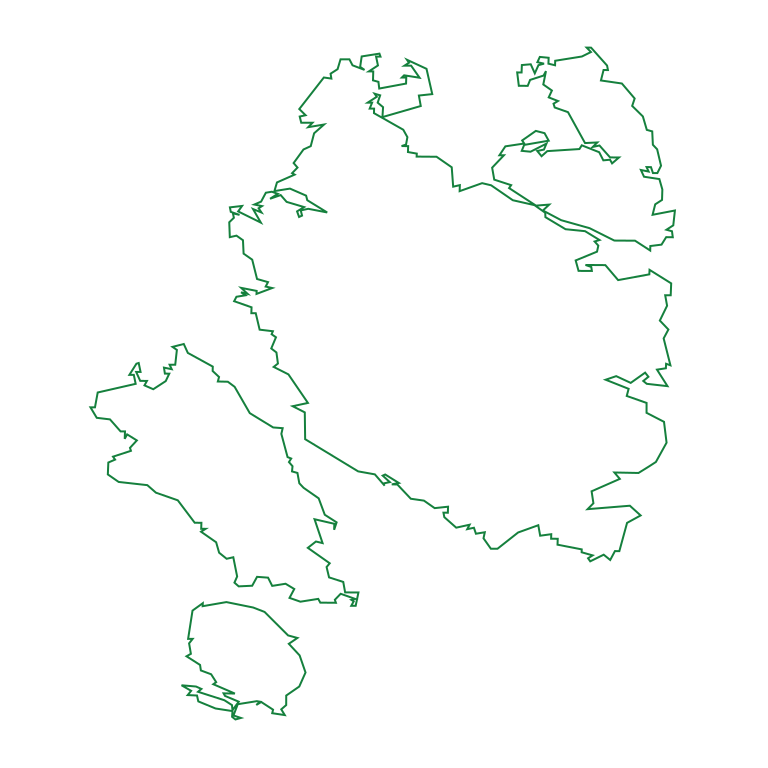 outline of Bokn nor, Rogaland, Norway, rotated 179°
{"feature_id": "86288312B12151058165586", "entity_name": "Bokn nor", "entity_type": "district", "adm_level": 2, "iso_a3": "NOR", "parent_name": "Norway", "parent_adm1": "Rogaland", "projection": "robinson", "projection_center": [5.436, 59.216], "detail": "fine", "context": "isolated", "style": "outline", "palette": "green", "viewbox_px": 768, "rotation_deg": 179, "n_neighbors": 0, "source": "geoboundaries", "source_scale": "gbopen_adm2", "svg_char_len": 6120}
<svg xmlns="http://www.w3.org/2000/svg" viewBox="0 0 768 768"><g transform="rotate(179 384 384)"><path d="M167.3,209.5L160.9,204.1L156.0,212.9L151.6,212.8L143.4,240.9L129.7,248.1L140.3,258.0L182.6,255.3L176.7,261.1L178.3,273.1L149.9,285.0L155.2,291.5L131.1,290.6L120.4,297.0L113.5,301.3L102.5,320.4L104.7,341.3L122.0,350.6L121.8,360.5L141.5,367.8L139.5,374.9L162.3,384.4L151.7,387.8L137.3,380.8L122.7,390.8L119.5,386.6L124.7,382.5L121.3,379.6L100.6,376.9L110.8,393.6L101.9,394.8L101.6,399.3L97.3,397.7L103.6,424.7L98.7,433.5L107.1,442.6L99.6,457.3L101.3,467.8L95.8,467.7L95.1,479.6L116.5,493.5L116.8,489.0L148.1,483.8L160.6,499.0L180.5,499.5L174.7,497.4L174.2,493.4L187.5,493.7L190.2,504.2L168.7,512.6L167.3,518.6L170.9,522.8L166.0,524.2L180.3,533.3L199.8,535.6L219.7,548.0L219.8,552.4L230.4,560.2L252.0,565.5L273.4,580.8L282.4,583.1L305.0,575.5L304.7,581.5L311.4,580.1L312.5,599.5L327.5,610.3L347.4,610.8L347.2,613.8L356.0,615.5L355.7,621.4L362.3,621.6L357.8,623.0L356.3,630.4L360.3,637.9L389.3,655.0L389.1,659.5L393.5,659.6L391.0,665.5L395.4,665.6L386.2,671.3L388.3,674.4L382.8,672.7L385.4,665.4L380.1,660.8L380.9,650.9L342.4,661.3L344.1,671.8L330.7,673.0L336.0,698.4L355.4,707.8L353.4,704.8L358.0,701.9L351.3,701.8L343.1,689.6L358.5,692.3L360.8,690.1L356.4,690.0L356.7,684.0L383.6,679.5L384.3,686.2L389.7,687.8L389.3,696.7L393.7,696.8L384.5,702.6L386.2,711.5L381.8,711.4L382.8,714.4L400.6,711.9L402.3,701.5L398.0,698.4L409.9,703.2L412.9,709.2L421.8,709.4L424.9,699.6L432.0,695.2L431.3,690.3L438.8,691.5L463.9,660.4L457.7,654.1L463.6,652.9L462.2,646.7L450.9,646.5L455.3,642.1L439.4,644.5L449.5,635.9L453.1,623.1L460.4,619.9L470.5,606.5L466.7,601.9L472.2,596.4L469.7,594.9L487.5,587.4L490.2,578.8L474.6,581.0L458.6,573.7L457.5,569.1L437.8,556.5L456.7,560.5L464.2,559.0L463.0,553.8L466.0,552.5L467.9,558.1L460.8,562.3L478.2,567.8L484.0,574.7L494.7,571.2L486.9,576.0L492.8,578.2L498.8,577.3L503.7,568.5L510.5,565.7L502.9,564.0L506.3,561.9L503.5,557.6L511.9,561.2L504.3,547.5L526.8,559.1L522.8,564.5L535.0,563.3L534.2,558.8L525.5,555.6L532.1,557.3L531.2,552.8L535.9,548.4L535.6,533.5L528.9,534.9L522.5,530.2L522.1,516.8L513.6,510.6L509.1,491.2L498.2,487.9L500.6,483.5L494.1,481.9L509.9,476.3L509.7,479.3L525.1,482.6L518.8,476.5L525.3,478.2L521.0,475.1L530.0,473.8L532.4,469.4L515.1,463.0L515.4,457.1L511.0,457.0L507.4,440.5L494.2,438.7L495.5,435.7L491.2,432.6L496.1,421.5L491.0,417.4L489.7,406.3L494.0,403.0L479.4,395.3L460.4,366.4L475.7,363.4L463.7,357.0L463.8,330.2L411.4,297.1L394.7,293.8L385.1,282.3L386.7,284.5L379.9,285.8L386.9,292.4L384.4,293.5L370.9,284.8L378.0,283.5L372.4,283.3L359.2,268.8L346.1,266.7L335.5,259.0L322.1,260.2L322.4,254.2L326.8,254.3L326.0,249.8L314.3,239.1L300.9,241.8L303.3,237.4L296.6,238.7L294.7,232.7L285.8,234.0L287.2,228.0L280.0,217.4L273.4,217.3L252.5,233.2L232.2,240.1L230.5,229.6L219.4,230.9L219.6,226.4L213.0,226.2L213.3,220.3L189.2,215.2L189.3,212.3L178.4,209.0L183.0,206.2L180.9,203.1L167.3,209.5ZM420.6,162.8L416.2,162.7L413.2,176.0L426.5,176.3L428.2,186.8L442.3,191.6L444.6,202.0L441.4,205.7L463.0,221.5L454.8,227.7L448.2,226.0L455.8,250.0L436.1,245.1L436.4,239.1L433.8,246.5L445.5,254.3L451.3,270.8L466.2,281.6L470.4,286.2L472.1,296.6L477.5,298.2L476.9,303.4L480.4,307.6L478.1,311.1L481.7,312.6L487.5,335.9L486.1,341.6L495.6,342.5L518.7,357.2L533.4,383.8L540.1,389.0L550.1,389.4L548.8,393.9L555.1,400.0L554.9,404.4L579.6,418.5L583.5,427.5L594.8,424.8L590.5,421.7L592.4,406.9L598.0,407.0L596.0,402.5L603.7,404.2L602.9,398.2L598.5,398.1L602.2,390.7L614.8,382.8L623.5,386.8L621.0,391.2L627.7,391.4L631.6,400.4L627.2,400.3L628.9,409.3L631.2,408.6L638.4,397.6L634.0,397.5L632.3,388.5L670.4,380.5L673.4,365.7L677.9,365.8L671.8,355.2L658.6,353.4L648.2,341.2L643.8,341.1L644.2,333.7L641.7,338.1L632.1,331.9L639.1,324.6L638.2,321.6L656.2,316.1L654.2,313.1L661.0,310.3L661.7,298.4L651.0,290.7L622.4,287.0L613.9,279.3L592.2,271.3L575.7,248.6L569.0,248.4L569.3,242.4L564.9,242.3L569.5,239.5L554.6,228.7L551.8,218.2L544.4,212.0L537.7,213.4L534.2,194.1L537.0,188.0L532.8,184.2L519.3,184.6L514.3,193.4L503.3,192.4L499.3,184.1L485.9,186.0L477.3,180.6L482.2,171.8L471.4,167.8L453.5,170.3L451.5,166.5L435.9,166.1L436.9,169.1L431.0,175.0L416.5,169.6L420.3,168.7L418.1,167.2L420.6,162.8ZM130.5,522.9L115.5,512.8L115.3,517.3L104.1,518.5L99.3,525.9L92.7,525.7L93.4,531.7L98.9,533.3L92.0,537.6L90.1,552.4L112.5,548.5L109.7,558.9L102.8,563.2L102.3,573.6L105.1,584.1L120.4,586.7L123.4,593.5L115.7,591.8L117.7,596.3L113.3,596.2L111.4,590.2L107.0,590.1L103.2,597.4L106.8,613.9L111.0,618.5L111.4,631.9L116.8,633.5L120.5,647.0L131.0,657.7L128.4,665.1L140.9,680.3L161.8,683.7L159.0,694.1L154.6,694.0L155.4,698.5L171.1,716.7L175.5,716.8L171.3,712.3L180.4,708.0L207.2,704.2L207.4,699.7L214.0,701.4L213.7,707.3L222.5,708.3L225.0,703.1L218.4,701.5L224.0,700.1L227.8,692.0L231.7,701.1L240.6,700.5L241.0,693.1L245.4,693.2L244.0,679.8L235.1,679.6L232.6,685.5L219.1,689.6L216.6,694.0L219.5,680.7L211.0,674.5L214.3,667.7L205.1,663.9L209.6,661.3L208.5,657.5L195.3,652.6L178.8,621.4L166.5,621.8L171.1,617.4L164.4,618.7L154.0,606.6L145.1,606.4L152.1,600.6L154.1,604.3L160.8,603.8L164.8,612.0L182.1,619.2L184.5,615.5L216.7,614.0L222.5,609.0L226.7,614.3L220.0,615.6L217.4,621.5L233.4,613.7L242.2,614.7L239.7,620.6L215.1,624.4L219.1,632.0L227.8,634.4L241.6,625.1L239.6,622.0L258.5,619.5L264.6,610.7L260.1,610.6L272.1,598.4L270.2,586.4L253.4,580.6L255.5,577.7L228.9,559.7L215.7,560.5L222.1,554.7L204.0,544.7L175.7,536.2L151.2,523.4L130.5,522.9ZM501.5,56.8L489.0,54.7L492.4,60.5L487.4,64.7L487.2,74.2L474.0,83.0L467.5,96.9L473.1,114.1L483.7,125.9L475.0,131.6L484.3,134.3L507.4,158.2L518.7,162.8L545.4,168.7L569.2,165.0L569.0,168.0L579.4,160.8L584.3,132.6L579.8,132.5L583.4,128.1L581.8,117.6L586.2,115.2L572.8,106.3L572.1,100.8L561.9,96.8L557.0,88.8L559.9,86.8L538.5,77.1L549.8,77.5L548.4,74.9L534.8,68.9L541.2,60.5L541.6,65.6L549.1,70.6L575.3,79.5L571.9,82.3L577.2,84.8L591.7,86.3L582.2,80.6L585.7,76.4L576.4,75.8L575.2,69.9L558.1,62.5L541.2,59.6L541.7,53.9L538.4,51.2L532.9,52.6L540.3,55.2L535.8,66.4L516.7,69.1L513.5,68.5L517.3,65.3L512.3,68.2L500.6,60.3L501.5,56.8Z" fill="none" stroke="#15803d" stroke-width="2"/></g></svg>